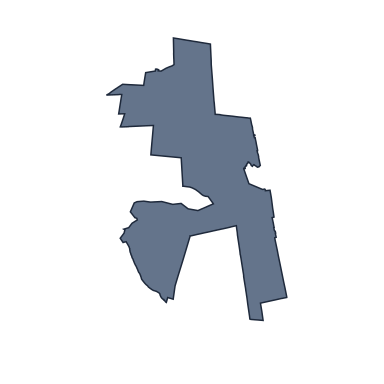 Balta Alba, Buzau, Romania, rotated 154°
{"feature_id": "2599482B44648536645851", "entity_name": "Balta Alba", "entity_type": "district", "adm_level": 2, "iso_a3": "ROU", "parent_name": "Romania", "parent_adm1": "Buzau", "projection": "orthographic", "projection_center": [27.325, 45.281], "detail": "fine", "context": "isolated", "style": "filled", "palette": "slate", "viewbox_px": 384, "rotation_deg": 154, "n_neighbors": 0, "source": "geoboundaries", "source_scale": "gbopen_adm2", "svg_char_len": 5889}
<svg xmlns="http://www.w3.org/2000/svg" viewBox="0 0 384 384"><g transform="rotate(154 192 192)"><path d="M195.7,52.4L195.0,51.7L191.8,49.8L189.2,48.3L184.4,45.4L181.6,54.0L179.2,62.1L171.3,60.2L169.2,59.7L164.3,58.5L158.3,57.1L157.8,56.9L157.1,56.7L156.5,56.6L153.2,55.7L153.1,55.9L152.9,55.9L152.2,58.5L150.6,64.6L149.1,70.7L147.7,76.1L144.8,87.3L142.2,97.5L140.9,102.2L139.7,107.0L138.5,111.8L137.9,114.1L137.7,114.6L136.2,114.4L135.2,118.4L134.9,118.3L134.6,119.2L134.4,120.3L134.6,120.5L134.8,120.7L134.8,121.0L134.8,121.5L134.3,123.5L134.1,124.2L133.7,124.1L133.4,125.5L132.5,128.6L132.2,129.9L131.2,133.9L129.6,133.5L129.3,133.5L128.0,137.5L127.4,139.5L126.6,142.1L125.7,144.7L123.2,152.1L122.7,153.8L121.1,159.4L125.5,161.0L125.2,161.7L125.2,162.3L125.3,162.7L125.6,162.9L126.7,163.1L127.5,163.4L137.2,174.5L135.4,189.6L135.4,190.2L134.9,190.7L134.5,190.6L134.4,189.9L133.9,189.8L133.7,190.5L133.1,191.5L132.6,191.7L131.6,191.6L130.6,192.8L130.8,192.8L129.8,193.5L129.3,193.4L129.1,193.5L128.5,194.4L128.2,194.3L127.8,194.0L127.6,193.2L127.0,191.4L127.1,190.3L127.1,189.7L126.4,188.6L125.9,189.0L124.5,189.5L124.1,189.1L124.1,188.7L123.0,187.0L122.3,185.6L121.7,185.4L121.4,185.5L120.5,185.3L120.1,185.6L119.0,185.9L117.0,193.8L116.7,194.3L116.6,194.7L116.4,195.3L116.3,195.9L116.2,196.2L116.1,196.5L116.0,197.9L115.9,198.6L115.7,199.5L115.4,200.6L114.9,200.4L114.7,200.8L113.9,203.9L113.2,206.6L112.5,209.0L111.9,211.5L111.5,212.8L111.4,213.2L112.1,213.4L112.0,214.0L111.8,215.6L110.7,215.3L110.6,215.8L111.6,216.0L110.8,218.7L110.6,219.7L110.1,221.7L109.7,222.7L109.4,223.4L109.3,223.7L109.0,225.2L109.0,225.4L108.9,226.1L108.4,228.1L108.0,229.5L107.2,232.8L107.8,233.1L108.8,233.7L109.3,234.1L111.6,235.5L114.9,237.6L116.9,238.8L118.3,239.7L122.4,242.4L130.0,247.1L132.3,248.7L132.7,249.0L132.8,249.2L134.3,250.1L135.4,250.7L135.6,250.9L135.8,250.9L137.1,251.6L136.8,252.4L136.2,253.9L136.0,254.4L135.9,254.7L133.9,259.9L133.1,261.9L132.6,263.4L132.3,264.3L131.2,267.0L127.6,276.1L123.8,285.5L122.9,287.8L118.8,298.2L117.2,301.6L114.5,307.9L112.3,313.0L110.6,316.9L112.8,318.5L113.5,319.0L117.8,322.0L122.1,325.1L124.3,326.6L129.2,330.1L129.4,330.2L136.8,335.5L141.2,338.6L147.1,325.8L147.9,324.3L149.9,319.8L150.0,319.5L152.3,314.4L154.5,314.1L156.8,314.3L157.0,314.4L161.1,314.6L166.8,314.2L169.2,315.7L168.4,316.5L169.1,317.3L169.2,317.2L170.3,318.3L170.9,318.4L171.9,316.8L181.3,319.6L186.6,312.1L188.7,309.0L197.4,313.8L201.4,316.0L207.1,319.2L215.8,318.1L220.5,317.4L223.2,316.8L224.1,316.7L225.8,316.7L225.9,316.4L215.0,311.6L214.2,311.4L212.4,310.4L214.6,307.3L218.3,302.0L220.2,299.3L221.5,297.4L223.7,294.3L218.8,292.1L218.2,291.8L222.3,287.5L226.6,283.2L227.9,282.0L227.3,281.6L226.7,281.3L224.4,280.3L220.6,278.6L220.3,278.6L204.1,271.6L197.5,268.7L209.5,248.8L212.7,243.4L186.7,227.5L197.5,201.6L197.7,201.2L197.1,200.9L194.4,199.1L191.9,197.5L190.0,195.6L187.7,192.6L187.2,191.6L186.0,189.4L184.3,185.4L183.4,183.9L181.8,182.3L179.5,180.9L178.2,173.4L178.0,172.0L194.8,172.7L202.9,178.6L206.8,186.5L214.7,189.3L223.4,196.7L233.7,201.1L239.3,204.9L245.6,207.4L248.7,207.5L255.6,201.6L256.1,201.2L254.7,194.6L254.5,194.4L254.7,194.1L253.1,192.5L253.4,190.9L253.9,190.8L259.6,190.2L264.5,187.7L268.4,188.3L269.6,188.5L268.9,187.4L271.1,184.8L276.8,181.9L276.1,176.8L275.4,176.7L275.2,176.7L273.0,176.2L272.8,173.5L272.6,170.2L272.7,169.7L272.8,169.4L272.8,168.9L272.8,168.5L272.8,168.3L273.1,167.8L273.2,167.6L273.4,167.0L273.5,166.4L273.7,166.0L273.8,165.5L273.9,165.3L273.9,165.2L274.0,163.9L274.0,163.6L274.1,163.2L274.3,162.5L274.3,162.4L274.3,161.9L274.2,161.7L274.3,160.9L274.4,160.4L274.6,159.3L274.6,159.0L274.6,158.8L274.6,158.5L274.5,158.1L274.5,157.8L274.5,157.3L274.5,156.9L274.6,156.7L274.7,156.2L274.7,155.8L274.7,155.3L274.8,154.2L274.9,153.3L274.9,152.6L274.9,152.2L274.9,151.8L274.9,151.3L274.9,150.9L274.8,150.5L274.8,149.7L274.8,149.1L274.8,148.2L274.9,147.5L274.9,147.3L274.8,146.9L274.9,146.7L274.9,145.9L275.0,145.2L275.0,144.6L275.1,144.2L275.1,143.4L275.1,143.2L275.0,142.6L274.8,142.1L274.8,141.7L274.8,141.2L274.8,140.7L274.9,139.9L274.9,139.2L275.0,138.9L275.0,138.7L275.1,138.2L275.1,137.7L275.2,137.2L275.3,136.9L275.4,136.4L275.5,135.8L275.4,135.5L275.4,135.0L275.3,134.7L275.1,134.0L275.1,133.5L274.9,132.8L274.8,132.3L274.7,132.0L274.7,131.8L274.5,131.0L274.4,130.6L274.3,130.4L274.2,129.9L273.9,129.0L273.5,128.1L273.1,127.3L273.0,126.8L272.9,126.4L272.9,126.0L272.8,125.7L272.6,125.2L272.3,124.8L272.2,124.4L272.0,124.0L271.5,123.2L271.3,122.6L271.0,122.2L270.7,121.7L270.5,121.4L270.3,121.1L270.0,120.6L269.6,120.2L269.1,119.8L268.8,119.5L268.4,119.1L268.2,118.9L267.6,118.4L267.3,117.9L266.8,117.2L266.1,116.1L265.9,115.7L265.7,115.3L265.6,115.0L265.6,114.5L265.6,114.3L265.7,114.0L265.8,113.7L265.8,113.4L265.9,112.9L265.9,112.0L265.9,111.3L265.9,111.1L265.8,110.4L265.8,110.2L265.6,109.7L265.5,109.3L265.4,109.1L265.3,108.8L265.2,108.6L265.0,108.3L264.7,108.0L264.6,107.9L264.8,107.8L264.8,107.7L264.8,107.4L264.7,107.2L264.4,106.7L264.1,105.9L264.0,105.7L264.0,105.3L264.0,105.2L263.9,104.9L263.8,104.6L263.7,104.3L263.5,104.0L260.1,107.8L255.9,103.9L248.4,115.0L247.3,116.2L241.5,122.5L230.8,133.9L213.0,153.2L213.0,153.3L212.0,153.0L210.3,152.6L207.3,151.9L206.3,151.7L205.5,151.5L203.5,151.0L201.9,150.6L198.8,149.9L196.1,149.2L193.2,148.5L191.5,148.1L189.7,147.7L188.2,147.3L186.0,146.8L184.1,146.3L181.9,145.8L180.5,145.4L178.8,145.0L176.7,144.5L173.3,143.7L172.5,143.6L166.9,142.3L167.7,140.1L168.6,137.3L169.1,135.7L170.1,133.2L170.5,131.8L171.1,130.0L171.7,128.0L173.3,122.9L174.9,117.9L176.1,114.6L176.2,113.8L176.4,113.2L176.9,111.4L178.6,105.9L180.7,99.0L181.0,98.1L181.6,96.0L182.2,94.2L182.5,93.7L183.5,90.6L185.3,84.6L186.1,81.9L186.8,79.9L187.1,78.9L187.5,77.5L188.3,75.1L188.6,74.0L190.0,69.8L190.9,67.2L194.6,55.6L195.0,54.4L195.4,53.3L195.7,52.4Z" fill="#64748b" stroke="#1e293b" stroke-width="1.5"/></g></svg>